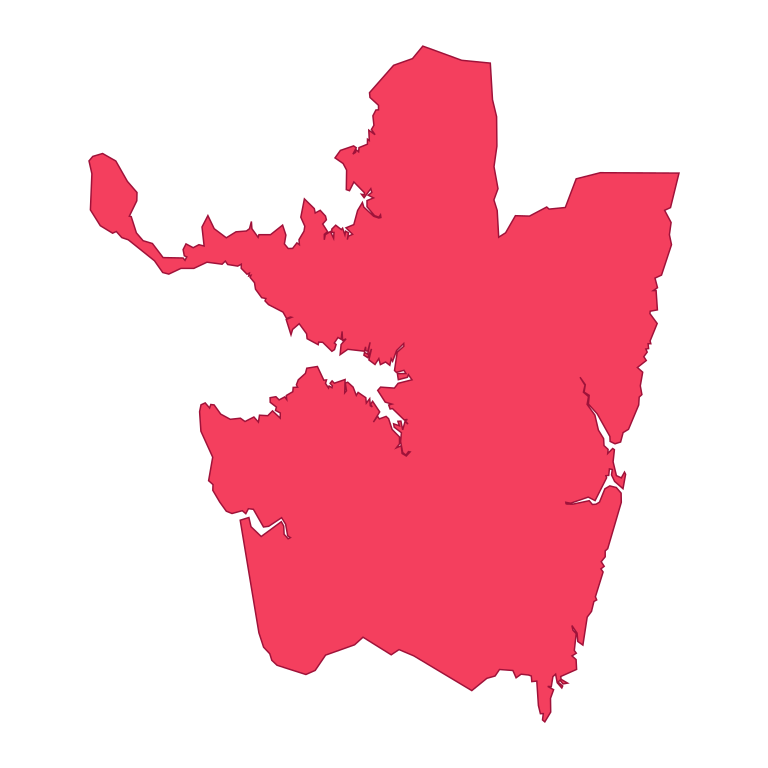 the district of Chake Chake, Kusini-Pemba, United Republic of Tanzania
{"feature_id": "72390352B74660811526984", "entity_name": "Chake Chake", "entity_type": "district", "adm_level": 2, "iso_a3": "TZA", "parent_name": "United Republic of Tanzania", "parent_adm1": "Kusini-Pemba", "projection": "equal_earth", "projection_center": [39.751, -5.247], "detail": "fine", "context": "isolated", "style": "filled", "palette": "rose", "viewbox_px": 768, "rotation_deg": 0, "n_neighbors": 0, "source": "geoboundaries", "source_scale": "gbopen_adm2", "svg_char_len": 6119}
<svg xmlns="http://www.w3.org/2000/svg" viewBox="0 0 768 768"><path d="M369.5,92.7L370.0,97.5L378.5,105.3L378.5,109.8L375.9,110.0L372.9,115.8L373.9,125.3L371.4,129.5L375.1,134.7L368.8,130.2L369.3,140.5L367.5,139.2L367.4,144.2L359.0,147.6L358.6,151.8L356.2,149.8L355.5,152.4L352.9,154.1L356.3,147.8L353.6,145.9L340.4,150.4L335.0,157.9L343.1,163.5L346.6,170.1L346.3,189.6L349.5,190.7L353.9,182.0L364.3,192.6L364.5,194.8L361.5,194.3L364.1,197.7L370.8,188.7L371.8,192.4L368.2,195.2L373.5,197.9L367.0,200.6L367.0,206.7L374.5,215.6L378.8,217.2L380.5,214.8L380.9,217.5L378.8,218.0L373.7,216.3L363.8,207.1L362.4,202.5L357.6,210.5L353.8,224.6L346.0,227.8L352.6,234.3L348.3,236.2L347.3,239.6L348.5,232.8L345.6,231.2L344.9,234.9L342.6,228.2L341.3,229.6L335.7,225.2L331.8,229.1L331.8,232.4L334.0,232.4L333.6,238.3L330.4,231.5L325.3,234.7L324.3,239.8L324.3,234.3L327.6,231.7L322.7,224.0L326.4,219.8L325.5,216.1L320.2,210.3L315.2,213.0L314.3,208.6L304.4,198.9L300.8,217.2L304.8,226.2L304.0,231.2L299.0,239.6L299.4,244.7L296.9,242.9L292.6,248.4L288.2,248.5L284.4,243.9L285.9,235.1L282.6,225.1L270.5,234.7L258.9,234.7L258.1,237.3L251.9,228.7L251.4,221.5L249.5,228.7L246.4,231.0L236.0,231.8L226.3,237.8L214.2,228.7L207.9,215.6L202.0,227.0L204.1,246.0L198.9,244.7L193.2,247.7L186.0,243.9L183.1,249.6L184.3,255.8L186.8,256.9L185.0,260.3L183.1,258.0L163.1,257.6L152.4,243.5L143.1,240.7L136.4,232.9L131.2,216.6L129.3,216.2L136.8,200.8L137.0,192.5L127.4,181.4L115.8,161.0L102.6,153.5L92.8,156.4L89.0,160.9L91.9,173.8L90.4,209.9L100.3,225.7L112.6,233.2L116.3,231.5L121.8,237.6L128.3,239.8L154.5,260.8L162.7,272.5L168.8,274.1L180.9,268.4L193.8,268.4L207.0,262.2L222.1,264.2L225.3,261.1L227.7,264.5L237.7,266.1L241.3,264.2L241.2,268.3L247.0,274.2L249.4,273.1L248.7,276.0L251.0,275.3L250.1,277.4L254.5,282.7L255.5,289.2L261.7,297.7L265.9,298.5L265.0,300.9L268.5,304.6L283.0,312.1L286.6,318.5L290.4,317.0L291.6,317.3L286.2,319.5L291.0,334.8L292.6,329.4L299.2,323.7L306.6,333.8L307.1,338.7L318.2,344.7L318.7,342.1L322.7,342.3L331.9,351.3L334.5,349.6L336.1,344.5L334.3,343.0L338.0,337.5L341.1,339.3L342.1,331.4L342.6,340.4L346.1,338.8L341.1,344.5L340.1,354.7L347.8,349.3L364.4,351.2L365.6,346.8L365.8,350.8L367.8,351.1L370.1,342.3L367.7,354.1L364.5,352.5L363.9,355.2L367.8,357.7L371.5,348.9L368.9,359.9L375.0,364.5L378.8,358.6L380.4,364.6L385.6,362.0L389.8,365.3L391.2,358.8L392.6,361.3L396.6,350.5L403.7,343.5L403.9,346.2L397.2,352.2L394.5,370.5L396.4,372.4L404.0,370.3L405.9,373.5L397.4,373.7L398.3,379.7L407.4,377.3L408.4,374.7L412.0,379.8L398.1,383.3L394.4,388.1L380.6,387.1L377.7,390.4L385.2,402.1L391.9,404.1L388.7,405.0L390.1,409.0L392.5,408.6L404.2,419.9L407.4,419.4L405.3,420.9L408.0,424.1L405.0,421.5L402.7,429.9L400.9,421.1L397.9,421.3L399.4,425.8L393.6,423.8L394.2,427.2L401.4,432.7L400.6,441.6L402.7,452.5L405.9,455.1L408.5,451.6L410.1,451.9L406.3,456.0L402.1,453.5L401.2,445.8L396.4,447.8L399.5,443.8L399.5,437.0L392.1,429.4L388.6,418.7L386.1,416.4L379.3,418.9L377.5,416.2L373.4,422.1L379.7,411.9L372.6,401.3L370.6,404.3L372.3,406.9L370.3,405.8L369.7,398.7L366.3,403.1L365.8,397.7L358.1,392.4L356.3,395.4L353.1,387.1L347.7,382.2L345.3,383.1L346.5,390.8L344.7,392.9L345.1,379.5L334.3,383.2L332.1,380.9L330.1,383.3L332.4,385.8L332.0,387.7L329.1,386.0L328.5,388.0L325.5,383.4L326.5,379.9L323.8,380.2L317.4,366.5L306.8,368.2L305.4,373.4L298.3,379.8L296.4,384.8L297.6,387.2L293.2,387.4L292.8,391.7L286.3,395.5L286.7,399.5L284.7,396.9L279.1,399.9L275.9,396.7L270.1,397.7L270.2,402.3L276.4,407.1L275.5,410.4L280.3,413.0L280.2,418.1L272.5,410.9L267.8,415.7L259.5,415.2L258.4,422.1L253.9,417.0L245.0,421.5L240.4,418.2L230.3,419.3L220.7,414.1L214.1,404.9L210.8,404.5L209.6,408.0L205.2,402.9L201.0,404.8L199.6,411.7L200.9,431.2L212.7,457.2L208.6,480.7L213.0,484.6L212.8,490.3L219.7,502.0L226.3,511.2L232.0,513.5L242.3,510.7L245.8,513.7L248.4,508.7L253.4,509.3L263.5,527.0L268.7,526.3L281.6,517.7L285.6,524.1L287.7,535.8L290.4,537.6L288.1,538.8L284.1,534.3L283.7,526.0L281.3,521.7L261.2,536.5L251.0,526.7L248.9,517.5L240.2,520.2L258.9,632.8L263.6,647.2L269.8,653.8L271.8,660.3L277.1,665.3L305.9,674.5L315.2,670.4L325.6,655.1L354.6,644.8L363.0,637.2L391.2,654.8L399.0,649.6L413.7,655.8L471.8,690.6L486.9,678.3L495.1,676.0L499.5,669.5L512.9,670.5L516.1,677.8L521.1,674.2L528.5,675.0L531.3,676.0L531.8,681.6L536.8,681.1L538.4,705.5L540.4,713.7L543.3,713.6L542.5,719.9L544.8,721.9L550.7,712.1L550.5,698.3L553.6,689.7L547.7,686.4L551.3,686.6L552.9,676.6L555.6,674.2L557.2,682.7L561.8,688.0L562.7,686.0L558.1,682.1L560.0,680.3L563.1,683.9L567.6,683.1L561.1,679.3L560.7,676.5L576.6,669.4L576.1,659.6L572.0,655.9L576.3,653.2L574.3,650.5L576.2,633.7L572.9,630.2L571.9,625.5L577.1,633.2L577.8,641.5L582.9,645.1L587.2,617.1L591.5,611.4L593.9,601.5L596.7,599.9L595.4,596.8L603.1,572.0L600.9,568.9L604.2,566.3L601.2,561.7L605.2,556.8L605.2,550.9L607.7,548.7L621.3,502.3L621.1,493.1L616.3,487.5L609.8,485.9L604.9,488.8L599.5,502.1L596.1,504.2L592.4,504.5L589.2,500.7L572.7,504.2L567.0,504.1L566.0,503.7L565.8,502.3L570.7,503.2L588.2,497.1L595.1,500.6L606.6,477.8L605.9,475.7L608.7,475.4L609.4,468.9L612.3,469.5L611.5,474.9L614.6,481.4L623.0,488.7L625.6,474.3L624.5,472.1L621.3,477.9L616.4,475.6L613.1,461.8L614.4,449.7L612.7,448.5L607.7,453.5L608.1,449.4L604.0,445.6L603.6,438.6L598.4,430.1L594.9,415.1L587.1,404.4L588.5,396.6L583.4,392.2L585.0,385.2L580.0,377.2L585.3,384.7L584.1,392.1L589.2,395.3L588.4,404.0L597.2,413.8L609.9,436.5L610.1,441.4L615.0,443.8L620.6,442.0L623.1,432.6L628.5,429.3L638.7,405.0L639.2,397.1L641.9,394.6L640.3,385.8L642.7,372.2L637.4,367.5L646.3,360.5L643.8,356.7L647.2,352.1L645.8,349.0L648.6,348.6L648.1,343.7L650.8,343.7L650.1,340.9L657.2,323.5L649.9,313.6L650.2,311.2L657.4,309.9L656.1,290.6L653.3,290.6L657.5,287.7L655.0,278.1L661.5,275.1L671.5,244.7L669.4,234.7L671.1,222.5L664.6,210.3L670.5,207.6L679.0,173.1L600.3,172.7L576.2,178.8L565.3,207.5L549.1,209.1L546.7,207.0L529.5,216.1L515.4,215.7L505.6,232.8L498.7,237.2L497.2,210.5L493.9,199.9L498.0,188.7L494.0,166.7L496.9,146.2L496.6,116.7L492.5,99.7L490.3,63.1L461.7,60.3L422.8,46.1L412.5,58.6L393.6,65.3L369.5,92.7Z" fill="#f43f5e" stroke="#9f1239" stroke-width="1.5"/></svg>